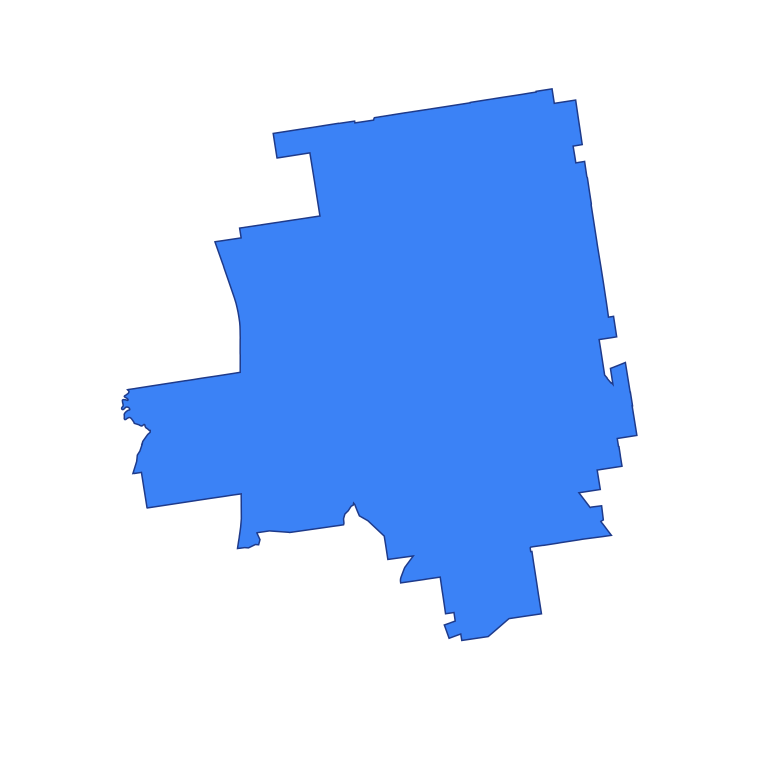 Griffith, New South Wales, Australia, rotated 73°
{"feature_id": "25037944B92431338165184", "entity_name": "Griffith", "entity_type": "district", "adm_level": 2, "iso_a3": "AUS", "parent_name": "Australia", "parent_adm1": "New South Wales", "projection": "robinson", "projection_center": [146.03, -34.335], "detail": "fine", "context": "isolated", "style": "filled", "palette": "blue", "viewbox_px": 768, "rotation_deg": 73, "n_neighbors": 0, "source": "geoboundaries", "source_scale": "gbopen_adm2", "svg_char_len": 5714}
<svg xmlns="http://www.w3.org/2000/svg" viewBox="0 0 768 768"><g transform="rotate(73 384 384)"><path d="M314.5,631.0L314.9,630.8L315.4,630.4L315.9,630.2L316.4,630.1L316.9,630.2L317.3,630.5L317.7,630.8L318.1,631.3L318.4,631.9L318.7,632.9L319.0,633.7L319.2,634.1L319.3,634.9L319.5,635.5L319.8,635.9L320.1,636.0L320.5,635.8L321.0,635.5L321.5,635.0L321.9,634.6L322.4,634.1L323.0,633.7L323.6,633.4L324.1,633.3L324.5,633.5L324.7,633.8L324.7,634.1L324.5,634.5L324.1,635.0L323.6,635.7L323.3,636.3L323.1,636.9L322.8,637.5L322.7,638.1L322.8,638.6L323.0,638.9L323.5,639.1L324.2,639.2L325.4,639.4L326.3,639.4L327.1,639.5L328.0,639.6L328.4,639.8L328.8,640.0L329.2,640.6L329.7,641.3L330.1,641.8L330.5,642.0L331.2,642.1L331.7,641.9L332.1,641.4L332.2,640.9L331.8,639.7L331.2,638.7L330.9,638.0L330.7,637.3L330.9,636.6L331.2,635.8L331.9,635.1L332.5,634.7L333.5,634.5L334.1,634.6L334.4,634.9L334.3,635.9L334.4,636.8L334.7,637.8L335.1,638.8L335.7,639.9L336.4,640.8L337.0,641.3L338.2,641.6L339.1,641.8L340.3,642.2L341.0,642.5L341.7,642.5L342.2,642.3L342.4,641.8L342.4,641.2L341.9,639.9L341.6,638.6L341.5,637.7L341.7,637.1L342.0,636.5L342.6,636.1L343.2,635.8L343.8,635.5L345.3,635.0L346.2,634.7L347.2,634.4L348.1,634.3L348.6,634.3L351.4,630.2L351.6,630.1L351.8,629.9L352.0,629.8L352.1,629.6L352.5,629.2L352.8,628.9L353.0,628.6L353.2,628.3L353.2,628.1L353.2,627.9L353.3,627.8L353.3,627.6L353.2,627.4L353.2,627.2L353.1,626.9L353.0,626.6L352.9,626.4L352.8,626.1L352.7,625.9L352.6,625.7L352.5,625.4L352.6,625.2L352.8,625.0L352.8,624.9L353.0,624.8L353.2,624.7L353.3,624.7L353.6,624.7L353.8,624.7L354.0,624.7L354.1,624.8L354.3,624.8L354.6,624.8L354.8,624.8L355.0,624.8L355.4,624.7L355.5,624.7L355.9,624.6L356.1,624.5L356.3,624.4L356.8,624.1L356.9,623.9L357.0,623.8L357.2,623.7L357.3,623.6L357.5,623.4L357.8,623.2L358.7,622.7L359.6,622.1L359.9,622.0L360.1,621.1L361.8,621.7L362.6,623.4L363.1,624.6L364.6,626.6L368.3,631.4L369.5,632.2L370.7,633.1L370.8,632.8L376.7,637.0L379.9,640.7L382.8,641.9L385.8,643.2L396.2,650.3L396.4,648.8L396.6,648.8L397.6,641.8L414.4,644.2L416.7,644.5L433.1,646.8L433.3,646.7L435.7,630.5L438.1,614.2L439.7,603.3L440.5,597.9L440.5,597.7L442.1,587.0L442.1,586.8L444.6,570.6L444.8,569.3L445.8,562.2L446.9,555.3L447.2,553.5L447.3,552.7L453.7,554.6L454.7,554.9L455.1,555.0L458.0,555.9L466.4,558.4L471.1,559.8L474.1,561.0L479.1,563.0L479.7,563.3L483.0,564.8L486.8,566.6L487.1,566.8L487.7,567.0L488.0,567.1L491.8,569.0L492.4,569.3L493.9,570.0L497.6,571.8L498.5,572.2L498.6,571.5L499.0,569.4L499.7,565.1L501.1,561.5L499.9,553.9L501.1,550.9L496.6,548.1L489.3,549.1L489.1,549.0L491.0,536.3L491.3,535.7L497.9,518.6L498.3,517.9L498.5,517.1L500.1,506.9L500.7,503.1L503.3,486.5L506.8,464.0L506.8,463.8L505.4,463.0L501.1,462.1L497.0,459.5L495.6,456.9L494.8,455.3L491.3,451.2L490.8,448.8L489.0,447.9L490.6,447.2L497.2,446.7L502.9,446.1L510.0,439.4L529.6,428.2L530.6,428.4L538.6,429.5L552.2,431.5L552.9,431.6L553.5,428.0L557.0,406.3L563.0,414.4L563.5,415.1L563.9,415.6L564.4,416.2L564.6,416.6L564.8,416.9L565.1,417.2L565.3,417.5L565.6,417.8L565.9,418.1L566.2,418.4L566.5,418.6L566.8,418.9L567.1,419.1L573.7,424.2L574.0,424.4L574.2,424.5L574.5,424.7L574.8,424.9L575.1,425.1L575.4,425.2L575.7,425.3L576.0,425.5L576.4,425.6L576.7,425.7L577.0,425.8L577.3,425.9L577.7,425.9L578.0,426.0L579.1,426.2L582.7,402.8L583.0,400.4L585.1,386.7L599.2,388.9L601.5,389.2L613.4,391.0L621.7,392.3L623.0,383.9L631.5,385.2L632.0,394.3L632.1,396.8L633.2,396.7L646.2,396.1L645.5,383.7L648.5,384.1L652.0,384.6L656.0,358.2L649.6,343.7L644.9,333.1L647.3,317.0L649.8,300.6L631.6,298.0L631.4,298.0L619.4,296.2L607.0,294.4L598.6,293.2L587.4,291.5L587.2,292.7L583.4,292.1L582.9,291.4L583.2,288.9L584.7,279.6L585.0,278.3L586.9,265.2L587.4,261.2L590.0,243.3L590.4,240.2L590.4,239.9L593.9,219.3L595.2,210.8L589.5,212.9L582.3,215.5L579.7,216.6L578.8,216.8L578.1,214.0L564.1,211.5L562.3,221.8L562.5,222.7L562.4,223.0L562.0,223.1L545.0,229.4L548.1,208.0L528.6,205.3L528.7,204.9L529.9,196.4L532.2,180.8L532.2,180.4L529.8,180.1L521.8,179.0L521.5,178.9L512.5,177.6L512.2,178.0L505.0,177.0L504.3,176.9L507.1,157.2L492.7,155.2L477.4,153.1L477.5,152.7L464.0,150.8L464.0,151.0L463.8,151.0L434.0,146.9L434.6,153.6L435.3,162.5L435.3,162.9L451.3,165.2L449.5,166.0L449.6,166.5L444.1,168.9L443.3,168.9L440.0,170.4L415.9,166.9L404.4,165.3L406.3,152.3L406.9,147.7L402.2,147.0L391.9,145.5L386.4,144.7L386.2,146.4L385.7,149.8L377.0,148.4L369.1,147.2L366.3,146.8L352.9,144.8L335.3,142.3L319.6,140.2L311.6,139.1L311.2,139.0L282.8,134.9L273.0,133.5L272.6,133.1L260.2,131.3L246.3,129.2L245.7,129.3L244.9,129.4L229.8,127.1L229.8,127.3L229.0,133.0L228.9,134.0L228.6,135.9L220.8,134.8L214.7,134.0L211.8,133.6L213.0,124.5L213.0,124.4L212.0,124.3L200.3,122.5L186.1,120.4L168.5,117.7L165.4,139.1L150.9,137.0L148.6,153.0L149.3,153.2L148.6,158.0L147.3,167.8L146.4,174.1L144.6,186.2L140.1,218.1L140.0,219.2L140.3,219.3L136.8,243.8L133.8,264.5L130.8,284.7L126.5,315.3L127.5,316.2L128.6,316.8L125.8,335.5L124.0,335.2L121.6,351.1L121.4,351.2L116.8,383.6L116.8,383.8L116.7,384.0L114.6,398.6L112.0,416.7L120.2,417.9L136.4,420.2L136.6,420.2L137.1,416.9L141.3,387.3L170.4,391.3L190.8,394.2L204.3,396.1L204.6,396.1L200.7,422.5L197.6,443.4L192.7,476.5L202.5,477.9L199.7,496.7L198.6,503.7L198.6,504.1L222.2,503.1L223.0,503.0L226.1,503.0L226.8,503.0L240.5,502.5L258.2,501.9L258.6,501.9L263.7,501.9L268.4,502.2L273.0,502.6L277.6,503.2L282.2,503.9L282.8,504.0L286.5,504.8L290.6,505.9L294.7,507.1L298.6,508.2L298.7,508.3L312.3,512.5L314.6,513.1L330.8,518.1L330.7,518.7L329.9,524.5L327.5,541.2L325.1,557.1L324.1,564.5L323.4,569.3L323.0,572.0L322.8,572.8L322.5,575.1L319.3,597.1L319.3,597.3L317.9,606.8L315.6,622.9L315.6,623.2L314.5,630.3L314.5,631.0Z" fill="#3b82f6" stroke="#1e3a8a" stroke-width="1.5"/></g></svg>